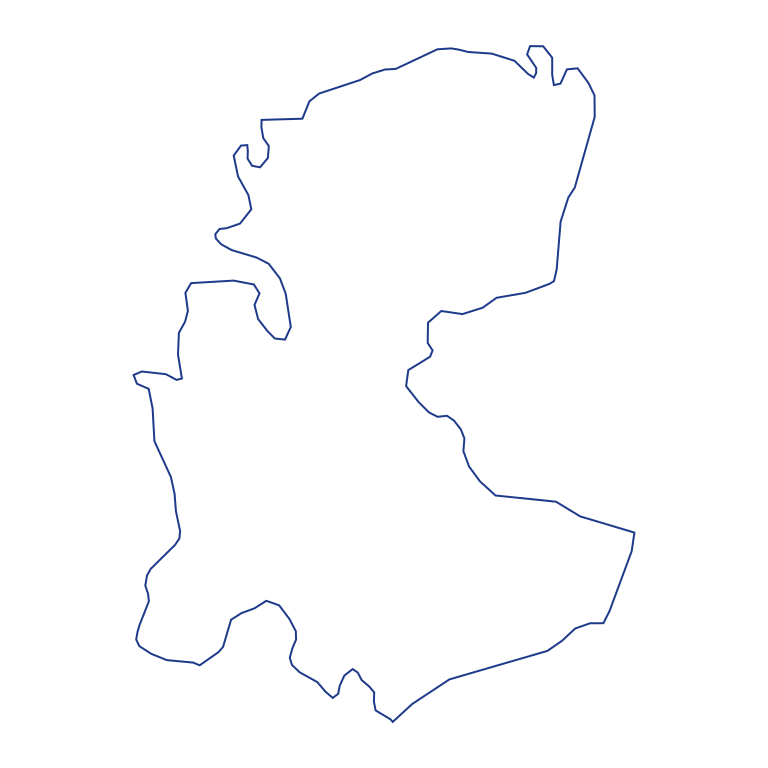 the border of Markazi
{"feature_id": "IRN-3231", "entity_name": "Markazi", "entity_type": "Province", "adm_level": 1, "iso_a3": "IRN", "parent_name": "Iran", "parent_adm1": "", "projection": "equal_earth", "projection_center": [49.809, 34.588], "detail": "fine", "context": "isolated", "style": "outline", "palette": "blue", "viewbox_px": 768, "rotation_deg": 0, "n_neighbors": 0, "source": "natural_earth", "source_scale": "10m", "svg_char_len": 2117}
<svg xmlns="http://www.w3.org/2000/svg" viewBox="0 0 768 768"><path d="M634.4,532.6L631.7,551.1L609.6,610.9L603.4,623.2L589.9,623.3L575.2,628.5L562.0,640.8L547.4,650.9L449.4,679.4L412.2,704.0L392.7,721.9L390.6,719.4L375.6,710.4L373.9,701.5L374.2,692.4L369.2,686.5L361.6,680.0L357.8,672.6L352.6,669.1L344.3,675.6L339.7,685.8L338.2,693.8L332.7,697.9L325.4,691.6L317.3,682.1L299.7,672.3L292.0,665.0L289.8,657.7L292.3,648.5L296.1,639.5L295.8,631.2L289.5,619.1L279.2,605.4L266.3,600.8L254.5,608.3L241.5,613.1L231.1,619.7L223.0,647.0L218.5,652.1L199.7,665.3L193.2,662.6L166.7,660.1L151.2,653.8L139.3,646.1L136.2,639.5L137.5,632.0L139.5,625.1L148.9,601.2L148.1,594.0L145.3,585.6L147.0,575.5L150.7,568.9L175.2,544.7L179.4,538.4L180.1,531.1L175.9,511.0L174.6,494.0L170.9,477.0L154.4,441.1L152.6,408.4L148.7,388.9L136.9,383.7L133.6,375.0L141.8,371.5L165.9,374.2L176.6,379.9L181.9,378.5L178.0,354.6L178.9,332.8L185.1,321.7L187.9,310.8L185.4,292.8L191.2,283.1L233.7,280.6L253.9,284.5L259.5,293.4L254.5,304.9L258.1,319.0L267.3,330.9L274.8,338.5L285.0,339.6L290.8,327.0L285.7,293.7L279.9,278.3L268.7,263.8L256.7,257.6L231.7,250.1L221.2,244.3L215.9,238.6L215.3,234.2L219.5,229.0L226.5,228.2L240.0,223.6L251.3,209.3L248.4,195.1L238.0,176.4L233.7,155.6L241.0,145.6L247.3,145.1L247.8,150.9L247.6,158.7L252.1,165.8L260.1,167.3L267.9,157.9L268.8,146.0L263.3,138.2L261.4,127.2L261.6,119.9L302.4,118.7L309.4,101.3L319.2,93.5L360.1,80.0L372.2,73.5L385.0,69.5L395.7,68.9L437.4,49.3L451.2,48.4L458.2,49.5L468.2,52.0L491.7,53.6L514.5,60.8L528.0,73.9L533.8,77.6L536.2,73.0L536.2,67.9L527.1,54.4L530.1,46.1L543.2,46.3L552.2,57.7L552.2,74.8L553.9,85.1L560.5,83.6L566.9,69.4L577.6,68.3L588.4,82.9L594.5,95.4L594.7,116.9L574.8,187.5L568.3,197.6L560.6,221.7L556.7,269.2L554.0,281.1L549.6,283.8L525.5,292.8L496.5,297.8L482.7,307.7L462.4,314.1L441.3,311.0L428.0,322.7L427.7,343.0L432.6,350.4L430.1,356.7L408.3,370.1L406.1,386.1L418.8,402.3L429.1,412.5L437.6,416.8L447.0,415.8L453.9,420.5L460.8,429.3L464.4,438.4L463.4,451.2L469.1,466.6L480.0,481.4L495.5,495.5L556.0,501.7L580.2,516.4L634.4,532.6Z" fill="none" stroke="#1e3a8a" stroke-width="2"/></svg>